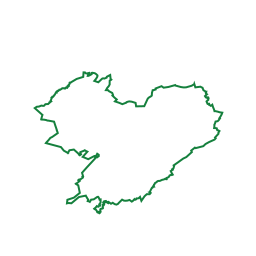 Irlavas pag., Tukums, Latvia, rotated 331°
{"feature_id": "27541924B56900525469147", "entity_name": "Irlavas pag.", "entity_type": "district", "adm_level": 2, "iso_a3": "LVA", "parent_name": "Latvia", "parent_adm1": "Tukums", "projection": "natural_earth1", "projection_center": [22.976, 56.86], "detail": "fine", "context": "isolated", "style": "outline", "palette": "green", "viewbox_px": 256, "rotation_deg": 331, "n_neighbors": 0, "source": "geoboundaries", "source_scale": "gbopen_adm2", "svg_char_len": 5551}
<svg xmlns="http://www.w3.org/2000/svg" viewBox="0 0 256 256"><g transform="rotate(331 128 128)"><path d="M217.9,160.3L215.7,158.6L214.6,157.4L212.6,155.6L211.8,155.2L212.2,153.7L212.5,151.0L213.0,148.5L212.5,148.6L211.2,148.8L210.5,147.4L210.3,147.2L210.5,147.0L210.7,146.1L209.3,145.5L209.4,143.8L209.6,142.8L211.9,142.3L212.2,141.7L212.9,141.1L213.0,140.3L211.8,140.2L211.9,139.3L210.9,138.9L210.8,137.4L213.4,136.8L212.9,135.7L214.0,134.3L213.7,134.2L213.8,134.1L212.3,131.5L212.7,128.9L212.1,128.2L211.4,127.0L206.6,125.1L207.3,121.7L207.2,121.8L204.1,121.9L198.5,120.6L196.2,119.4L194.1,117.8L189.8,113.6L189.9,113.3L183.2,111.7L178.7,110.0L177.6,107.7L171.3,106.8L170.9,107.7L169.3,107.4L167.9,106.9L167.0,107.9L166.2,108.6L164.5,111.2L163.6,111.4L160.9,111.5L159.5,111.9L152.8,116.8L150.7,115.7L145.6,113.0L146.8,109.7L144.0,106.8L142.1,105.4L140.9,105.0L139.2,104.7L138.8,105.0L134.6,104.4L132.5,101.7L129.5,98.4L132.0,97.6L131.0,95.1L130.1,92.1L130.9,91.9L131.2,89.7L129.2,86.6L128.9,85.3L127.1,84.2L129.4,82.8L131.4,82.1L133.1,81.0L134.0,79.3L135.0,77.7L136.3,77.5L136.7,77.7L136.9,77.6L136.5,76.8L138.1,73.0L134.3,72.9L133.7,73.6L131.3,73.3L130.6,72.7L130.0,72.4L129.4,72.3L124.2,73.6L121.4,70.5L124.1,69.4L126.1,68.2L126.8,67.2L126.3,65.5L125.7,64.3L125.4,63.9L123.6,62.4L122.9,62.2L122.3,63.3L120.0,63.3L118.7,63.2L118.1,62.9L118.7,62.3L119.3,62.1L119.3,61.9L120.6,61.8L120.8,61.0L118.3,60.3L117.5,59.6L117.3,58.5L116.1,57.8L113.6,61.6L106.9,60.2L100.0,60.4L99.9,60.5L99.1,60.3L98.9,60.1L98.6,60.3L98.5,60.6L98.5,60.9L98.0,61.3L97.5,61.5L97.0,61.5L96.3,61.8L96.7,62.0L96.7,62.3L95.9,62.2L96.0,62.7L95.5,62.8L95.5,62.4L95.0,62.4L94.3,62.6L94.2,62.8L94.4,63.2L94.4,63.3L94.2,63.4L93.2,62.5L92.7,62.5L92.2,63.0L91.9,62.9L91.5,62.6L91.0,62.0L90.3,61.8L90.2,61.6L89.9,61.4L89.3,61.4L88.6,61.6L88.0,61.6L87.5,61.7L87.3,61.6L87.0,61.6L86.5,61.2L86.2,61.3L86.0,61.5L85.2,61.6L85.0,61.8L84.9,61.8L84.8,61.6L84.6,61.4L83.9,61.7L83.5,61.5L83.4,61.6L83.3,61.9L83.1,61.9L83.1,61.6L82.9,61.6L82.5,62.0L82.5,62.4L81.9,62.2L81.5,62.4L81.4,62.5L80.1,63.4L78.6,63.7L78.5,63.8L78.6,64.0L78.3,64.2L77.4,64.4L76.9,64.1L76.7,64.5L76.3,64.6L75.9,64.5L75.9,64.8L75.0,65.4L74.2,66.3L73.6,66.5L73.4,66.8L73.1,67.0L73.6,67.1L73.7,67.5L73.0,67.5L72.4,67.7L71.9,67.6L71.9,67.8L69.7,68.3L67.7,67.3L67.4,67.2L67.0,67.2L65.6,67.8L65.2,67.8L64.5,67.5L63.1,66.4L60.6,66.1L58.5,65.2L56.1,65.4L59.5,75.1L59.3,75.2L56.2,78.4L56.2,78.5L58.6,80.0L60.3,81.4L61.1,82.4L61.9,82.9L66.4,86.6L65.4,91.7L65.4,91.8L64.8,95.1L64.7,95.1L64.5,95.9L64.4,97.3L64.1,98.4L57.2,99.1L55.3,99.0L52.6,100.1L49.8,101.0L48.9,101.4L60.1,112.2L60.9,116.7L63.1,120.3L63.3,120.9L63.7,120.8L63.9,120.3L66.0,119.1L70.2,120.6L72.2,126.4L72.2,127.0L72.6,127.0L72.6,127.3L72.3,127.9L72.6,128.5L74.2,128.3L74.2,126.8L74.6,126.0L78.3,126.5L79.4,126.5L79.7,127.2L81.0,129.0L74.4,131.3L78.1,136.0L85.0,136.2L86.8,137.0L87.8,136.1L88.6,135.6L89.4,137.2L88.8,138.4L86.4,138.7L86.2,138.5L86.2,138.1L84.9,137.9L84.4,138.7L84.2,138.8L73.2,142.4L66.1,144.9L65.3,148.5L64.7,148.5L64.8,149.1L64.5,149.5L61.7,149.8L59.8,149.3L59.3,149.5L60.0,150.9L56.7,151.5L55.9,151.4L55.3,151.5L55.4,151.8L56.7,154.0L54.4,161.4L46.9,162.7L40.2,161.4L38.1,164.3L38.9,164.5L40.0,165.0L42.0,166.4L51.5,164.6L53.0,165.0L58.3,166.7L58.2,167.4L58.2,167.5L58.3,168.3L58.3,170.2L58.5,171.3L57.3,172.4L58.5,173.5L58.8,174.1L61.0,172.8L63.4,173.8L67.7,173.4L68.5,173.7L68.6,174.1L68.6,175.1L68.6,175.9L68.4,176.9L69.4,177.2L69.2,177.6L67.8,180.0L65.9,180.8L66.3,182.1L66.1,182.3L66.0,182.2L64.5,182.1L64.0,182.5L63.4,182.1L62.9,181.2L60.9,182.0L59.3,182.2L59.4,182.7L60.3,183.8L60.5,185.5L60.3,186.6L60.3,186.8L60.4,187.0L60.8,186.9L61.4,186.9L61.6,187.0L61.4,187.3L61.4,188.3L61.6,188.7L61.9,188.7L62.0,188.3L62.5,187.9L63.3,188.1L63.5,187.9L63.9,186.5L64.3,185.8L64.5,185.6L65.0,185.5L66.7,186.1L67.2,186.0L67.4,185.8L67.4,185.2L67.7,184.5L68.2,184.0L68.5,183.9L68.8,184.0L69.0,183.9L68.7,183.5L68.8,183.2L69.5,183.4L70.0,183.3L70.0,183.1L69.6,182.7L70.4,182.6L71.0,181.9L71.2,181.7L71.2,181.4L70.4,181.3L70.3,181.1L70.6,180.9L71.6,180.5L73.3,181.1L73.4,181.4L73.3,181.6L72.7,181.9L72.6,182.2L73.0,182.5L73.6,182.7L74.4,182.9L74.3,183.1L74.0,183.3L74.0,183.6L74.1,184.0L74.3,184.2L75.0,183.7L75.3,183.6L76.4,186.0L78.4,186.0L78.7,186.7L79.5,188.2L80.8,189.4L82.5,189.5L83.4,189.1L88.1,187.8L89.2,189.5L90.5,190.4L92.3,191.2L94.5,191.7L95.6,194.2L96.6,194.2L99.0,193.4L99.0,194.0L99.8,194.3L100.4,194.3L100.7,194.0L101.3,193.7L102.1,194.2L102.5,194.4L103.6,194.5L105.1,194.1L104.4,198.2L109.4,195.7L112.3,195.0L114.8,196.4L116.3,195.8L115.7,194.6L116.3,194.7L116.6,194.1L119.7,192.0L120.4,192.1L120.9,191.6L122.1,191.9L121.9,191.1L122.2,190.9L122.7,190.9L123.2,190.2L123.8,190.1L124.5,189.5L124.8,189.3L126.8,189.2L127.5,188.9L128.6,188.9L130.2,189.7L132.8,189.9L134.4,190.4L136.0,190.4L136.5,191.3L137.0,191.5L137.4,190.8L137.7,190.4L138.8,190.6L139.8,190.6L140.5,190.3L141.3,189.7L142.8,189.8L143.2,189.9L143.5,190.4L144.5,190.5L144.4,188.5L144.5,186.4L145.2,186.4L145.8,186.2L146.8,186.2L146.7,185.5L147.2,185.5L147.7,185.5L147.8,185.4L148.2,185.3L149.9,183.6L149.7,183.2L149.0,182.9L154.9,182.3L161.5,181.5L164.9,181.7L172.2,180.0L172.3,178.4L177.0,177.6L177.4,178.4L185.1,180.4L188.0,179.6L192.1,179.6L198.1,180.1L199.7,179.5L199.5,178.5L204.3,176.9L204.8,175.9L206.5,175.0L205.8,173.8L205.0,173.2L205.1,172.2L205.5,171.4L204.8,170.7L203.3,169.8L204.6,168.1L205.0,167.1L206.3,166.2L207.7,164.8L209.7,165.5L211.2,165.1L213.0,164.2L212.7,163.7L214.6,162.7L216.5,161.5L217.9,160.3Z" fill="none" stroke="#15803d" stroke-width="2"/></g></svg>